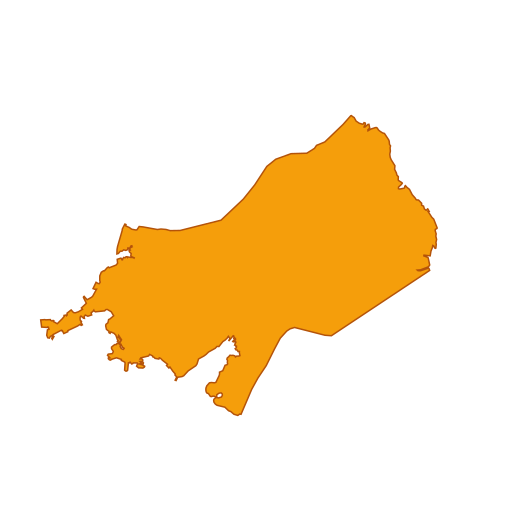 outline of Weloy, Federated States of Micronesia, rotated 118°
{"feature_id": "79324940B30441549583849", "entity_name": "Weloy", "entity_type": "district", "adm_level": 2, "iso_a3": "FSM", "parent_name": "Federated States of Micronesia", "parent_adm1": "", "projection": "mercator", "projection_center": [138.112, 9.532], "detail": "fine", "context": "isolated", "style": "filled", "palette": "amber", "viewbox_px": 512, "rotation_deg": 118, "n_neighbors": 0, "source": "geoboundaries", "source_scale": "gbopen_adm2", "svg_char_len": 6133}
<svg xmlns="http://www.w3.org/2000/svg" viewBox="0 0 512 512"><g transform="rotate(118 256 256)"><path d="M315.4,381.8L319.5,379.8L318.4,378.7L315.5,378.1L314.7,376.6L312.7,375.7L312.2,373.6L310.5,372.2L308.6,373.3L309.4,372.1L308.0,371.2L305.7,371.1L305.3,370.5L305.9,370.3L306.1,369.7L307.9,370.9L309.5,370.8L309.8,369.8L311.0,370.5L311.8,369.6L312.4,367.4L314.7,366.6L315.0,365.4L314.8,362.7L315.1,362.7L314.9,363.5L316.2,366.2L316.9,368.5L317.7,368.7L317.2,369.6L317.7,370.4L319.1,370.8L319.3,372.1L320.8,372.4L322.0,372.1L322.3,372.5L321.3,374.0L321.4,374.4L324.1,377.0L327.4,374.8L329.7,375.3L335.3,380.1L335.0,381.1L335.9,381.8L340.2,382.9L340.7,383.7L343.0,385.0L346.9,384.6L351.1,382.4L352.2,381.3L354.0,381.4L354.4,382.5L354.3,384.9L361.3,384.6L361.1,382.8L360.2,381.2L368.0,381.3L369.6,381.8L373.9,384.6L372.3,388.8L372.9,389.1L373.6,388.9L377.4,383.6L383.8,385.8L384.5,384.2L388.6,386.6L391.1,389.0L391.6,390.6L390.4,393.9L395.2,396.0L396.7,395.0L397.7,395.3L397.2,395.9L398.6,397.6L399.3,397.0L402.3,397.6L409.1,399.7L409.0,403.8L408.0,404.2L408.2,405.0L409.1,405.6L409.2,407.2L408.7,407.7L411.1,411.7L411.3,412.6L413.5,416.1L419.4,411.9L417.0,406.6L416.5,406.6L416.3,405.9L417.9,404.4L419.1,405.5L424.2,403.6L426.0,401.5L425.5,399.9L423.5,399.8L422.2,398.9L422.8,397.8L424.6,397.7L425.2,396.7L421.9,396.6L421.6,398.1L420.8,398.4L413.0,393.1L413.3,392.5L412.8,392.0L414.7,389.3L411.2,386.6L410.2,387.1L401.5,380.6L398.9,379.2L399.4,377.8L398.3,377.0L396.5,379.6L395.7,379.4L395.1,381.2L393.0,382.4L391.7,382.6L391.2,382.3L391.9,379.0L391.6,378.2L390.3,379.3L388.3,379.0L388.1,376.2L385.2,373.4L383.6,374.9L381.5,374.0L380.0,373.8L380.6,373.2L380.7,371.6L375.5,363.9L373.8,363.4L373.0,362.2L373.2,357.7L375.6,353.6L380.3,355.5L381.3,356.3L384.5,355.4L386.8,356.4L388.3,355.9L391.0,353.6L391.6,350.3L392.7,349.9L392.8,348.5L391.2,348.5L390.9,345.1L391.7,342.6L395.2,338.8L395.3,338.0L396.6,338.2L396.9,336.3L395.1,335.8L394.0,335.6L393.5,335.9L393.0,336.7L393.2,337.8L392.4,338.2L392.4,339.7L390.6,340.0L393.1,335.4L396.6,335.5L397.6,334.8L397.3,333.6L398.3,332.9L398.5,331.8L399.2,331.3L399.2,329.6L399.6,329.0L400.9,329.4L401.0,331.5L399.7,333.5L398.4,333.9L397.7,336.0L398.5,337.7L399.9,337.9L400.4,339.0L401.6,339.7L404.3,340.8L405.7,340.0L407.2,337.2L408.6,337.0L409.7,337.1L412.0,340.4L413.4,340.5L414.5,337.3L415.2,338.5L416.0,338.2L416.5,336.7L416.3,335.7L414.5,334.5L411.4,331.4L410.5,326.3L411.4,325.9L411.3,322.2L411.9,321.4L418.5,318.4L418.8,317.1L418.3,316.1L417.2,315.7L410.2,318.5L409.8,317.6L408.8,317.4L409.7,315.0L408.8,314.3L408.0,314.2L406.2,310.6L406.7,309.7L407.9,309.9L409.4,309.7L409.9,307.2L408.0,303.2L406.5,302.4L405.6,302.5L405.5,305.3L406.2,308.4L404.8,307.4L404.6,304.9L403.2,305.2L402.9,306.5L403.8,308.0L403.6,308.9L402.5,307.2L401.8,306.7L400.7,307.4L400.5,308.6L401.3,310.0L400.0,309.9L394.7,303.9L392.8,303.7L392.8,300.3L393.5,299.8L393.3,298.4L393.8,297.1L392.6,293.4L391.3,293.6L391.2,292.1L392.0,289.6L393.1,283.3L394.7,283.6L395.8,280.3L394.4,279.9L396.7,275.5L398.1,271.9L399.1,271.7L400.0,269.2L403.6,269.1L403.5,268.1L399.8,268.2L397.2,264.7L395.7,263.6L389.2,261.9L381.1,257.6L379.0,257.4L373.9,258.4L368.7,255.0L366.4,253.9L363.0,252.8L356.7,248.7L354.2,248.0L353.3,246.2L347.1,245.1L344.8,243.8L342.0,242.9L339.9,242.7L341.1,240.3L343.3,240.3L343.3,240.0L337.1,238.7L337.1,238.1L337.9,238.0L338.0,236.9L339.3,236.9L339.6,235.7L338.7,235.3L339.4,234.8L339.8,234.8L340.7,235.7L340.6,235.9L342.3,236.5L342.5,235.8L341.5,235.4L341.7,234.6L341.2,233.8L341.5,233.3L342.3,233.6L342.8,233.2L343.8,233.3L344.2,232.8L344.7,232.9L344.6,232.2L345.1,231.7L344.8,230.9L346.2,230.3L347.6,230.9L348.3,229.6L347.9,228.4L348.8,227.0L348.1,225.8L349.2,225.3L351.5,223.4L352.8,224.7L353.3,225.9L354.8,226.8L354.1,227.8L354.5,229.8L355.2,230.7L355.8,232.4L358.0,232.9L359.3,233.5L360.8,233.3L361.6,232.1L363.7,231.2L364.5,230.4L365.5,230.5L367.0,232.0L372.9,231.5L375.7,233.7L377.5,232.7L379.1,232.4L386.4,232.1L387.5,233.2L388.7,236.1L389.9,237.6L393.8,238.5L396.1,238.2L397.8,237.4L399.4,236.2L400.1,234.8L399.8,233.4L401.4,230.4L401.0,229.2L399.9,228.2L399.4,226.9L399.5,225.9L398.5,224.7L396.9,225.5L394.4,224.2L393.2,222.5L393.6,221.1L394.8,220.3L396.7,220.3L399.0,222.6L399.3,224.3L400.2,225.1L402.3,225.9L403.6,225.5L404.9,224.4L405.9,222.3L406.1,220.3L404.1,212.5L405.5,207.6L405.2,205.2L406.1,201.2L405.3,197.2L403.2,196.2L402.8,194.9L375.7,197.2L362.8,197.0L348.0,195.5L329.7,196.0L317.2,196.0L307.8,193.6L304.3,191.7L301.0,188.4L293.6,157.9L291.0,152.0L187.2,95.9L185.7,97.5L185.7,98.0L191.9,103.9L192.9,106.1L192.7,107.0L190.9,104.2L185.3,99.3L184.3,98.6L182.4,98.4L176.8,103.1L176.6,103.8L177.1,107.9L176.4,108.1L176.2,107.7L174.1,102.3L169.5,103.8L165.8,104.2L163.7,104.9L163.6,103.9L165.0,102.0L165.1,101.3L164.6,100.9L161.1,102.3L159.5,103.5L156.6,104.3L154.1,106.5L151.9,107.3L149.4,109.8L148.3,110.1L146.7,109.1L146.1,109.3L140.0,116.4L139.3,118.9L135.9,125.0L135.3,124.1L133.8,126.3L133.8,126.6L135.3,127.0L135.7,127.4L135.4,129.4L133.3,131.5L133.4,133.6L131.7,134.5L130.3,138.7L131.1,140.8L131.0,141.3L130.3,142.2L128.5,146.9L125.1,151.8L124.5,155.0L123.7,157.1L124.5,157.4L125.7,156.9L126.5,157.0L129.4,160.5L129.7,161.8L128.2,162.5L124.6,161.2L123.1,161.0L122.8,161.3L122.4,165.6L122.0,166.2L119.1,167.6L118.4,169.6L116.8,171.0L114.4,174.3L111.1,175.7L107.5,181.9L105.9,183.8L103.3,185.7L100.3,186.6L97.5,188.4L95.6,188.9L94.8,190.5L92.1,192.3L91.2,193.3L87.5,200.1L87.9,202.1L87.6,205.4L87.2,207.1L86.1,209.0L86.0,209.9L86.6,210.9L89.9,214.1L92.9,215.9L92.1,216.5L89.6,215.7L86.7,218.1L87.2,218.9L91.1,220.4L91.3,221.2L88.1,221.3L87.3,222.0L87.5,223.2L89.3,223.4L89.6,223.8L90.3,227.1L89.9,230.9L87.7,234.3L87.5,236.7L87.2,237.6L87.7,238.2L99.0,240.9L123.0,248.8L129.9,254.5L133.5,254.9L141.4,259.4L149.2,273.1L161.3,284.0L171.8,288.5L193.8,290.5L211.7,293.9L240.8,303.7L269.1,335.0L273.9,343.7L274.8,347.9L276.8,352.6L278.9,355.5L283.3,369.3L284.8,373.0L288.7,373.4L289.4,374.2L290.7,378.3L290.3,381.3L290.6,385.0L290.4,385.4L289.4,385.4L289.2,385.9L289.4,386.8L294.9,386.7L296.4,386.1L312.6,382.7L315.4,381.8Z" fill="#f59e0b" stroke="#b45309" stroke-width="1.5"/></g></svg>